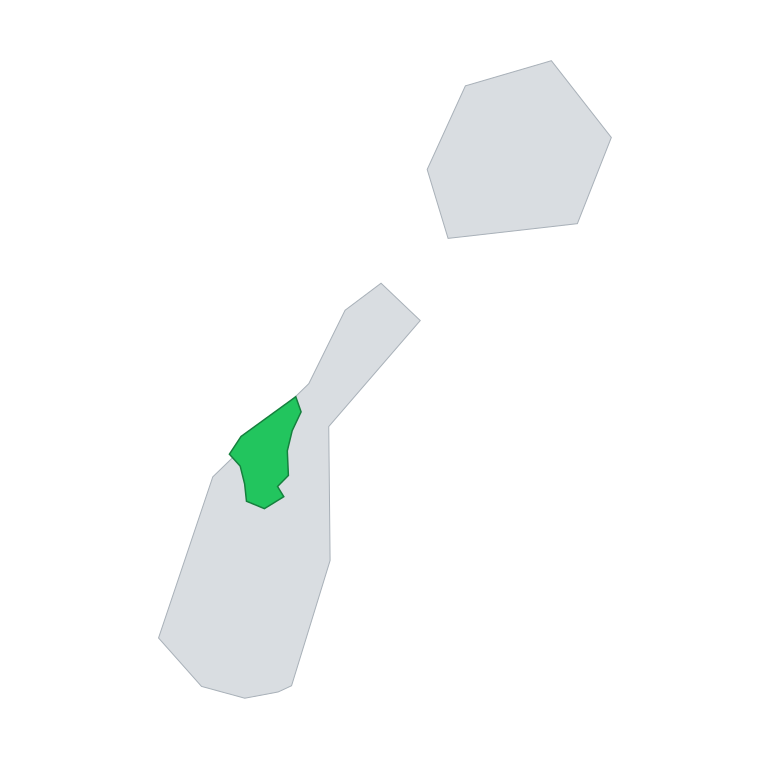 location of Saint Peter Basseterre within Saint Kitts and Nevis, rotated 256°
{"feature_id": "KNA-5109", "entity_name": "Saint Peter Basseterre", "entity_type": "Parish", "adm_level": 1, "iso_a3": "KNA", "parent_name": "Saint Kitts and Nevis", "parent_adm1": "", "projection": "albers", "projection_center": [-62.712, 17.32], "detail": "fine", "context": "in_parent", "style": "filled", "palette": "green", "viewbox_px": 768, "rotation_deg": 256, "n_neighbors": 0, "source": "natural_earth", "source_scale": "10m", "svg_char_len": 642}
<svg xmlns="http://www.w3.org/2000/svg" viewBox="0 0 768 768"><g transform="rotate(256 384 384)"><path d="M482.5,405.5L436.8,434.5L356.1,320.1L225.8,289.0L113.6,221.3L110.8,206.8L112.8,172.9L134.7,133.8L192.1,103.8L335.3,195.4L402.5,311.1L465.0,364.1L482.5,405.5ZM657.2,624.6L568.2,664.2L492.8,610.4L509.8,481.4L581.7,477.8L653.6,535.1L657.2,624.6Z" fill="#d9dde1" stroke="#a8b0b8" stroke-width="1"/><path d="M353.3,217.0L367.7,232.6L393.0,295.3L377.0,296.8L360.9,283.6L342.5,274.0L318.4,269.1L310.3,255.9L298.9,259.5L292.0,237.8L303.5,222.2L320.7,224.6L339.1,224.6L353.3,217.0Z" fill="#22c55e" stroke="#15803d" stroke-width="1.5"/></g></svg>